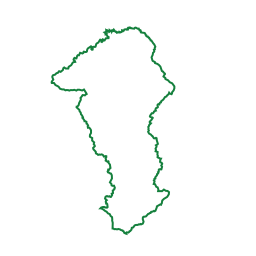 the district of Marañon, Huánuco, Peru, rotated 251°
{"feature_id": "86281439B56657051022034", "entity_name": "Marañon", "entity_type": "district", "adm_level": 2, "iso_a3": "PER", "parent_name": "Peru", "parent_adm1": "Huánuco", "projection": "mercator", "projection_center": [-76.725, -8.733], "detail": "fine", "context": "isolated", "style": "outline", "palette": "green", "viewbox_px": 256, "rotation_deg": 251, "n_neighbors": 0, "source": "geoboundaries", "source_scale": "gbopen_adm2", "svg_char_len": 5803}
<svg xmlns="http://www.w3.org/2000/svg" viewBox="0 0 256 256"><g transform="rotate(251 128 128)"><path d="M177.4,177.8L179.0,176.7L180.6,174.7L181.6,174.9L183.4,173.2L184.1,173.1L187.2,173.3L189.0,175.1L191.0,176.2L191.4,177.2L192.1,177.9L193.6,178.0L193.7,179.0L195.0,179.3L195.9,180.3L198.6,180.0L199.6,179.5L203.1,178.6L203.4,177.9L204.6,177.9L205.8,177.2L206.5,177.4L207.1,176.7L208.0,176.5L208.1,175.9L209.2,175.2L209.7,175.5L210.6,174.9L211.7,175.0L212.5,174.6L214.1,171.4L214.5,171.3L215.2,171.7L216.4,171.6L216.5,170.7L218.5,170.5L218.7,169.5L220.4,168.0L220.5,167.1L219.9,166.3L220.2,165.5L221.8,162.5L222.1,162.4L222.2,162.8L222.5,162.5L222.7,161.0L221.9,160.8L221.3,160.1L222.1,159.8L221.4,158.8L222.1,157.9L222.3,156.7L221.4,155.6L222.2,154.4L221.3,154.3L221.5,153.7L220.9,153.2L220.9,151.4L221.1,151.3L221.4,151.6L221.9,151.0L221.4,150.6L221.7,148.7L222.2,148.9L222.7,148.4L222.4,148.1L223.2,147.4L224.7,146.9L224.2,146.4L224.3,146.1L225.6,146.2L225.4,145.8L224.7,145.8L225.1,144.9L224.5,144.2L225.6,144.4L225.7,143.5L225.4,142.9L226.0,142.6L225.2,142.4L225.0,141.6L226.2,141.4L227.0,140.4L226.3,140.2L226.2,139.9L227.4,139.2L226.4,138.9L226.0,138.1L226.0,136.9L224.7,137.6L224.5,138.1L224.3,137.4L223.7,137.2L223.5,138.2L221.4,138.4L220.3,139.3L219.3,138.8L220.0,136.3L218.4,134.3L218.6,133.8L219.7,133.4L220.1,132.9L219.5,132.3L218.2,132.1L217.8,131.3L218.2,130.9L219.2,131.3L220.1,131.0L220.5,130.7L220.6,130.4L218.4,127.7L218.2,126.2L217.7,125.3L215.5,123.8L215.4,123.2L216.0,121.9L215.9,120.4L215.4,120.1L214.3,120.5L213.6,120.0L213.7,119.4L214.5,119.0L216.7,120.0L217.3,119.6L216.3,116.0L215.6,115.1L213.7,114.0L213.5,113.4L213.7,112.4L214.6,111.1L214.4,110.7L213.5,110.2L213.3,109.2L214.7,107.2L212.7,105.3L213.2,104.2L212.8,103.5L210.6,101.9L210.7,101.3L211.7,100.4L211.4,99.6L210.4,98.8L209.9,98.8L208.6,99.6L207.7,99.6L208.0,98.1L207.8,97.0L205.9,94.8L205.2,91.9L203.7,90.9L204.5,88.5L206.0,87.4L205.6,86.3L204.1,85.4L203.1,82.9L203.1,82.3L203.9,81.8L204.1,81.1L203.0,79.7L203.1,78.2L202.2,76.5L202.3,74.3L201.5,73.3L200.7,73.0L198.1,73.1L196.9,71.3L196.2,70.7L195.4,70.6L194.6,72.7L192.2,73.4L190.3,75.3L189.4,75.9L187.3,76.5L185.9,78.3L185.4,79.9L184.0,81.1L183.9,82.3L183.2,83.9L182.5,84.6L182.5,86.2L181.7,88.3L181.6,89.6L180.2,91.4L180.6,92.8L180.0,94.5L178.4,96.9L178.7,98.9L174.0,100.0L173.5,99.9L173.5,98.9L172.9,97.9L173.9,95.9L173.6,95.3L173.2,95.0L171.8,92.8L170.9,92.9L170.0,92.5L167.5,89.9L165.7,88.8L164.7,87.1L164.9,86.4L164.3,86.1L161.0,87.9L159.5,87.7L158.0,88.3L156.3,88.0L154.7,88.7L153.6,88.7L152.7,88.3L152.5,88.9L151.5,88.6L149.2,89.3L148.6,89.1L148.4,89.7L147.4,90.7L145.7,90.2L145.2,90.7L143.4,91.1L142.9,90.5L141.3,90.2L141.0,91.4L139.6,92.0L137.9,92.3L135.3,91.4L134.0,89.9L132.5,89.2L132.0,89.2L130.2,90.9L127.8,90.0L125.4,91.3L123.8,90.3L122.5,90.8L121.6,90.7L120.5,88.5L119.1,88.4L116.5,89.6L115.8,89.8L114.9,89.4L114.3,89.5L113.2,90.6L112.3,91.0L112.3,92.3L111.8,92.9L111.6,94.6L110.6,95.5L108.8,95.9L108.7,97.9L108.4,98.3L107.3,97.9L106.6,96.9L105.0,96.9L104.4,96.3L102.9,97.5L103.0,98.5L102.7,98.7L101.7,98.2L99.3,99.0L95.9,98.4L95.7,97.6L94.7,96.6L95.1,95.7L94.0,95.2L93.6,94.6L92.7,94.6L92.2,94.9L91.8,95.8L90.8,96.3L90.4,97.1L88.6,97.3L85.5,96.4L82.5,93.2L80.5,94.1L79.1,93.8L78.4,94.5L78.0,96.0L75.8,96.1L74.7,95.3L74.6,94.6L73.9,94.1L73.8,93.2L71.5,92.7L71.2,92.5L71.2,91.2L69.7,91.1L68.4,89.5L68.6,88.8L69.5,88.3L69.6,86.9L70.5,86.0L70.4,84.7L70.1,84.2L68.7,83.3L66.7,84.4L66.4,83.5L65.4,82.9L64.8,83.1L63.7,82.7L63.4,83.4L62.8,83.6L59.9,83.0L59.5,82.1L60.1,81.3L60.2,80.5L61.1,79.8L61.5,78.3L61.5,76.7L61.0,75.8L60.8,76.4L59.2,78.0L56.8,79.5L55.9,80.5L53.9,81.2L52.5,82.7L50.5,82.9L48.9,83.9L46.8,83.4L45.7,82.9L43.3,82.7L38.0,80.7L37.7,81.4L36.8,82.1L36.5,83.3L35.7,84.7L35.7,85.9L34.7,87.5L33.9,88.0L32.9,89.5L32.4,89.5L31.8,90.2L30.1,90.3L28.8,91.6L28.6,91.9L29.5,91.9L29.8,92.7L29.0,94.3L29.3,95.2L29.9,95.8L29.8,96.5L30.8,98.2L32.4,99.1L32.3,100.6L33.7,102.5L33.8,103.7L33.2,105.6L33.4,107.0L32.9,107.8L33.2,108.5L32.6,109.2L32.8,110.9L34.3,112.2L37.1,112.3L38.7,113.0L39.0,114.2L38.7,114.8L38.6,116.3L40.2,119.1L40.1,119.9L40.5,120.9L40.3,121.7L41.2,122.6L40.9,124.0L41.2,125.5L40.6,126.0L40.8,127.0L43.6,129.4L44.5,129.8L45.2,133.4L44.8,134.1L45.2,134.2L45.6,135.3L48.3,136.8L49.3,138.9L50.1,142.6L52.0,145.0L54.0,145.9L55.6,144.9L56.3,143.3L58.1,141.9L57.2,139.6L58.5,135.9L59.9,136.7L62.2,136.7L63.2,135.6L66.0,135.3L66.7,134.1L68.8,135.7L70.1,135.4L70.4,136.2L71.3,136.4L71.4,137.5L72.5,137.7L73.9,140.0L74.9,140.4L75.0,141.2L75.5,141.9L76.5,142.0L76.6,142.8L78.5,143.5L78.8,144.0L78.5,145.4L78.0,145.7L78.0,146.1L80.3,147.6L81.6,147.2L83.0,148.7L84.2,148.5L85.0,147.4L85.6,147.3L87.2,148.1L88.3,149.2L88.8,148.1L89.5,147.7L90.3,146.7L90.9,146.4L91.9,147.2L93.2,147.1L95.7,148.2L97.0,146.5L98.1,147.3L99.5,147.3L101.0,148.9L101.8,149.1L102.6,148.8L103.0,150.8L103.3,151.1L107.0,151.2L109.0,151.7L109.6,151.2L109.4,150.1L109.9,149.1L112.5,148.5L112.9,148.0L114.2,147.6L115.9,146.1L117.9,145.8L118.8,146.9L120.1,146.8L121.1,147.4L122.4,147.5L123.0,148.4L123.9,148.9L124.2,149.8L125.0,151.2L125.9,150.3L126.9,150.6L128.1,152.9L129.5,154.7L130.0,154.5L130.2,153.9L131.3,152.6L131.9,152.5L132.6,153.1L134.2,155.3L133.8,156.3L134.3,157.3L135.1,157.9L135.1,158.7L135.5,159.3L135.4,160.0L136.4,159.9L137.3,160.5L137.7,161.1L137.7,162.4L138.1,163.1L139.7,163.2L140.4,163.6L140.7,164.4L140.1,165.3L141.3,166.2L141.6,166.8L141.5,167.5L142.5,168.1L143.4,170.7L145.2,173.0L145.3,174.7L146.0,175.4L146.7,177.3L148.0,178.4L146.9,178.8L145.8,180.2L146.4,180.9L147.4,181.3L148.7,183.4L150.5,184.8L152.3,185.4L155.9,184.3L157.7,182.4L160.1,181.4L161.9,179.5L162.3,179.3L163.2,179.6L165.1,178.3L166.1,179.2L166.9,180.5L167.4,180.6L169.1,179.6L169.8,179.6L170.9,178.6L175.5,178.6L177.4,177.8Z" fill="none" stroke="#15803d" stroke-width="2"/></g></svg>